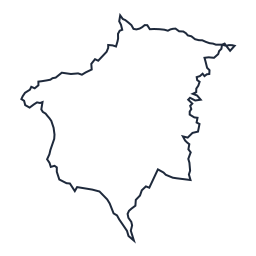 Ibiraiaras, Rio Grande do Sul, Brazil, rotated 180°
{"feature_id": "56859067B62229302377905", "entity_name": "Ibiraiaras", "entity_type": "district", "adm_level": 2, "iso_a3": "BRA", "parent_name": "Brazil", "parent_adm1": "Rio Grande do Sul", "projection": "natural_earth1", "projection_center": [-51.642, -28.366], "detail": "fine", "context": "isolated", "style": "outline", "palette": "slate", "viewbox_px": 256, "rotation_deg": 180, "n_neighbors": 0, "source": "geoboundaries", "source_scale": "gbopen_adm2", "svg_char_len": 2268}
<svg xmlns="http://www.w3.org/2000/svg" viewBox="0 0 256 256"><g transform="rotate(180 128 128)"><path d="M65.5,76.0L67.1,81.5L65.9,85.3L66.6,93.3L67.7,97.1L66.3,101.0L65.3,103.6L67.6,106.7L66.7,111.8L68.9,113.5L70.9,115.5L73.1,119.6L68.3,118.4L63.5,123.1L58.0,124.4L56.5,132.0L59.4,133.5L58.5,138.2L61.7,138.6L66.3,141.4L66.3,144.5L64.7,146.9L65.8,150.2L63.7,152.4L67.8,156.3L66.0,158.2L60.8,155.5L55.3,156.3L58.9,160.5L63.2,162.2L59.8,163.8L59.7,167.4L57.7,170.3L56.4,174.2L58.8,175.9L59.3,178.9L56.1,179.9L53.4,182.3L51.5,179.9L49.2,181.7L46.7,182.0L46.5,185.8L48.9,188.2L50.4,194.2L51.5,198.2L47.4,198.7L42.0,198.2L37.8,201.9L36.9,204.9L34.6,207.2L34.0,211.3L37.0,211.3L40.0,211.3L43.0,212.4L46.4,212.8L50.1,214.1L53.7,215.7L57.1,215.8L61.0,216.8L64.6,219.7L68.2,220.6L70.1,222.8L72.7,224.5L76.9,224.7L80.5,227.4L83.1,227.2L85.6,226.6L88.1,225.3L91.7,226.3L96.6,226.8L101.9,227.0L106.2,226.8L108.7,230.8L111.3,230.9L113.9,228.8L116.4,227.4L119.6,226.6L122.5,227.1L124.6,230.9L127.8,233.6L130.7,235.9L133.2,237.0L135.8,240.6L136.8,234.7L135.0,231.2L133.8,226.2L136.3,225.3L138.0,222.2L137.9,217.5L138.5,214.6L140.0,209.5L143.3,210.6L147.8,211.0L147.8,208.1L149.4,204.2L157.8,195.3L161.0,196.8L164.7,192.1L164.3,186.5L170.3,183.6L174.1,181.3L177.9,182.6L185.1,182.0L194.2,183.3L200.3,178.4L203.5,177.8L205.6,176.3L209.3,175.6L214.2,174.8L217.6,174.4L217.6,170.7L221.3,167.7L224.7,169.2L226.1,166.3L231.0,163.2L233.3,159.8L234.6,156.9L231.9,155.2L230.8,150.9L226.4,148.4L222.1,151.6L219.0,153.6L215.9,153.0L213.5,153.9L214.7,146.6L213.2,144.1L210.4,142.4L208.5,140.0L206.6,137.8L204.7,135.1L202.4,128.2L201.5,121.4L201.8,117.1L205.6,106.0L206.6,101.7L208.9,96.7L206.5,93.2L205.2,89.1L201.5,90.2L199.2,88.6L199.2,84.2L196.7,76.5L189.5,72.8L186.1,72.5L181.2,64.9L178.9,68.9L163.7,66.4L156.5,64.5L148.8,56.6L146.3,52.5L142.4,42.6L139.0,40.6L136.7,36.4L134.0,32.5L129.0,25.1L127.5,20.0L122.1,15.4L125.2,25.3L123.9,30.6L124.7,34.1L127.6,38.2L128.4,42.1L127.0,45.2L124.5,47.4L120.6,50.3L120.2,56.1L116.0,60.5L114.2,65.7L110.1,69.6L106.7,68.3L98.1,86.6L92.5,83.5L90.2,81.2L83.2,78.3L79.2,77.7L65.5,76.0ZM21.4,210.2L23.8,210.8L27.0,210.9L29.8,210.2L25.9,205.2L21.4,210.2ZM29.8,210.2L31.4,212.4L34.0,211.3L29.8,210.2Z" fill="none" stroke="#1e293b" stroke-width="2"/></g></svg>